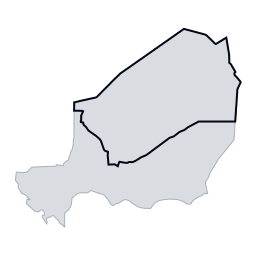 Agadez on a map of Niger (Natural Earth projection)
{"feature_id": "NER-800", "entity_name": "Agadez", "entity_type": "Department", "adm_level": 1, "iso_a3": "NER", "parent_name": "Niger", "parent_adm1": "", "projection": "natural_earth1", "projection_center": [10.912, 19.426], "detail": "fine", "context": "in_parent", "style": "outline", "palette": "ink", "viewbox_px": 256, "rotation_deg": 0, "n_neighbors": 0, "source": "natural_earth", "source_scale": "10m", "svg_char_len": 6663}
<svg xmlns="http://www.w3.org/2000/svg" viewBox="0 0 256 256"><path d="M207.6,193.5L205.0,193.5L203.5,194.1L201.7,195.7L199.6,196.3L197.1,197.8L195.5,198.9L194.0,199.8L191.9,202.0L191.2,203.7L189.2,204.1L186.3,203.8L184.5,202.1L180.2,200.3L177.5,199.6L176.2,199.4L169.7,199.1L162.8,199.8L159.3,200.6L158.6,200.8L156.6,201.8L154.9,203.0L150.5,208.5L144.5,208.3L141.0,207.7L138.1,206.8L133.8,204.3L128.7,200.4L126.7,199.9L124.9,199.6L124.3,199.6L118.1,203.5L116.9,203.4L115.5,203.9L114.5,204.8L113.8,205.3L113.1,205.4L112.1,205.2L111.1,204.6L110.2,203.5L107.7,199.2L107.1,198.4L106.1,197.2L104.2,195.2L103.0,194.3L102.3,194.0L101.4,194.2L96.4,192.5L91.5,190.7L90.4,190.9L89.6,191.3L87.9,192.6L85.9,192.9L83.3,192.8L81.9,192.6L79.6,193.0L78.1,193.5L76.1,194.5L73.5,196.9L72.8,197.2L72.2,197.6L71.3,204.4L70.6,206.4L69.2,209.1L66.7,211.6L64.9,213.2L64.8,215.3L64.7,218.7L64.6,221.0L64.7,222.5L64.4,223.3L64.3,223.9L64.4,224.9L64.8,225.4L65.1,226.0L64.9,226.5L64.1,227.1L63.2,225.6L62.0,224.5L60.7,224.0L59.8,223.3L59.4,222.2L57.7,220.1L53.9,215.9L53.5,215.8L52.8,215.6L51.7,216.1L51.0,216.8L50.6,217.1L49.8,217.1L48.0,217.6L46.5,218.3L46.4,218.9L47.1,222.0L46.8,223.8L46.1,222.9L44.0,219.8L42.6,217.4L42.3,216.9L42.1,216.0L42.3,215.7L42.8,215.4L44.2,215.1L44.4,214.9L44.5,214.2L44.3,213.0L43.6,211.4L42.8,210.3L42.4,210.1L41.6,210.0L40.7,210.2L39.0,211.5L38.3,211.8L36.6,211.7L35.1,211.4L34.2,210.7L31.4,208.1L28.4,205.3L27.2,204.9L26.9,204.6L26.7,202.4L26.8,199.9L26.9,199.2L28.2,199.6L29.5,199.8L30.0,199.3L28.9,198.4L27.4,197.5L26.8,196.1L26.4,195.6L25.7,195.1L24.9,194.8L24.1,194.4L23.5,194.0L22.6,193.8L21.7,193.5L20.4,191.2L19.0,189.0L18.3,187.3L18.0,186.2L18.4,184.4L18.0,183.7L16.6,181.9L15.4,180.2L15.7,177.6L16.0,175.4L16.0,174.1L16.2,173.3L16.4,172.4L17.2,172.1L19.3,172.2L23.4,172.6L26.7,172.1L26.8,172.0L29.2,169.7L31.8,167.2L35.6,167.0L39.7,166.8L43.0,166.6L47.8,166.4L51.6,166.3L56.1,166.1L56.2,165.0L56.5,164.7L56.9,164.7L60.2,165.3L63.2,165.8L63.5,163.7L66.2,161.1L67.8,160.5L68.1,160.1L68.6,159.2L68.9,157.8L69.1,156.8L69.7,156.0L70.1,154.5L70.7,151.8L72.2,149.1L73.1,145.3L73.3,141.7L73.5,138.9L73.9,138.4L73.9,133.5L74.0,128.5L74.0,124.4L74.0,119.2L74.1,114.6L74.1,109.7L74.1,105.3L74.2,102.4L77.3,101.7L80.5,100.9L85.2,99.9L90.2,98.7L95.8,97.5L97.0,96.7L101.2,92.5L103.1,90.6L106.9,86.7L109.8,83.8L113.5,80.1L117.4,76.3L120.5,73.3L125.4,69.9L132.7,64.8L140.1,59.7L147.4,54.5L154.7,49.4L162.0,44.3L169.3,39.1L176.6,34.0L183.9,28.9L191.2,30.8L198.2,32.7L205.2,34.6L206.8,35.6L210.6,39.2L215.4,43.9L215.6,44.0L215.8,44.0L220.3,41.2L226.3,37.6L227.9,47.4L229.1,55.7L229.3,61.0L229.3,62.4L229.8,63.3L230.9,64.3L235.4,71.9L234.5,73.3L235.2,75.7L236.3,76.7L240.1,81.3L240.5,82.2L240.3,82.9L237.8,88.3L237.4,89.6L236.9,96.4L236.6,101.3L236.1,107.9L235.6,115.9L235.1,122.6L234.6,131.4L234.0,139.8L230.3,144.4L223.7,152.6L218.3,159.2L215.7,163.7L210.4,172.4L208.1,178.0L206.2,180.9L205.3,182.2L206.1,186.3L207.6,193.5Z" fill="#d9dde1" stroke="#a8b0b8" stroke-width="1"/><path d="M183.9,28.9L185.1,29.2L186.4,29.6L187.6,29.9L188.9,30.2L190.1,30.5L191.3,30.9L192.6,31.2L193.8,31.5L195.1,31.9L196.3,32.2L197.5,32.5L198.8,32.9L200.0,33.2L201.3,33.5L202.5,33.9L203.8,34.2L205.2,34.6L206.9,35.6L207.6,36.4L209.4,38.1L211.2,39.8L213.0,41.6L214.7,43.3L215.4,43.9L215.6,44.0L215.8,44.0L216.7,43.5L219.1,42.0L221.5,40.6L223.9,39.1L226.3,37.7L226.5,38.7L226.7,39.8L226.8,40.8L227.0,41.9L227.2,42.9L227.4,44.0L227.5,45.0L227.7,46.1L227.9,47.1L228.1,48.2L228.2,49.2L228.4,50.3L228.6,51.3L228.8,52.4L228.9,53.1L229.0,53.8L229.1,54.5L229.1,54.8L229.2,55.7L229.2,56.9L229.2,58.4L229.3,59.8L229.3,61.0L229.3,61.9L229.3,62.2L229.3,62.7L229.4,62.9L229.6,63.2L230.3,63.6L230.5,63.8L231.0,64.4L231.4,65.0L231.6,65.4L231.8,65.8L232.1,66.3L232.3,66.7L232.6,67.1L232.8,67.5L233.0,67.9L233.3,68.3L233.5,68.7L233.8,69.1L234.0,69.5L234.2,70.0L234.5,70.4L234.7,70.8L235.0,71.2L235.2,71.6L235.4,72.0L234.9,72.4L234.5,73.0L234.4,73.8L234.5,74.6L234.7,75.0L234.9,75.3L235.2,75.7L236.3,76.7L236.7,77.2L237.6,78.2L238.4,79.2L239.2,80.2L240.1,81.3L240.4,81.7L240.6,82.0L240.6,82.3L240.5,82.6L240.3,83.2L239.7,84.4L239.1,85.5L238.6,86.7L238.0,87.8L237.8,88.3L237.4,89.6L237.3,90.3L237.3,91.1L237.2,91.8L237.2,92.6L237.1,93.4L237.1,94.1L237.0,94.9L237.0,95.6L236.9,96.4L236.9,97.2L236.8,97.9L236.8,98.7L236.7,99.5L236.7,100.2L236.6,101.0L236.6,101.8L236.5,102.5L236.5,103.3L236.4,104.1L236.4,104.8L236.3,105.6L236.3,106.4L236.2,107.1L236.1,107.9L236.1,108.7L236.0,109.4L236.0,110.2L235.9,111.0L235.9,111.7L235.8,112.5L235.8,113.3L235.7,114.0L235.7,114.8L235.6,115.5L235.6,116.3L235.5,117.1L235.5,117.8L235.4,118.6L235.4,119.4L235.3,120.1L235.3,120.9L235.2,121.5L198.7,121.5L187.9,127.3L185.0,129.5L184.8,129.7L184.5,129.9L179.6,131.9L173.8,136.4L169.6,137.8L146.3,155.1L141.3,157.2L135.4,160.9L132.8,162.0L132.0,162.1L129.4,162.0L129.1,162.0L128.8,162.1L127.7,162.8L125.2,162.8L119.5,161.8L119.0,162.5L117.8,166.2L114.9,164.4L114.2,164.4L108.5,164.6L107.7,155.0L108.0,152.3L108.0,152.1L108.0,151.8L107.7,151.7L105.5,151.0L105.4,151.0L105.2,150.8L104.3,150.0L104.2,149.9L103.9,149.3L103.8,149.1L100.8,140.6L100.7,140.5L99.5,138.9L96.3,136.1L88.7,130.7L88.4,130.5L88.1,130.1L86.2,127.2L83.8,124.9L83.6,124.7L83.5,124.4L83.2,122.7L82.9,122.4L81.4,122.3L81.2,122.2L80.9,122.1L80.8,121.8L80.7,121.6L80.7,121.4L80.7,121.2L80.8,121.0L81.2,120.2L81.1,118.0L81.1,117.9L81.2,117.6L81.3,117.4L81.2,117.3L81.2,117.1L81.1,116.8L81.1,116.5L81.1,116.2L81.2,115.6L83.1,111.3L81.8,110.8L74.3,110.7L74.1,110.7L74.1,108.6L74.2,106.5L74.2,104.4L74.2,102.4L76.9,101.8L79.5,101.1L82.2,100.5L84.9,99.9L86.3,99.6L89.4,98.9L92.6,98.2L94.0,97.9L95.8,97.5L96.4,97.2L97.1,96.7L98.2,95.6L99.1,94.7L100.0,93.8L100.9,92.9L101.8,91.9L102.7,91.0L103.6,90.1L104.5,89.2L105.4,88.3L106.3,87.4L107.2,86.5L108.1,85.6L109.0,84.7L109.9,83.8L110.8,82.8L111.7,81.9L112.6,81.0L113.4,80.2L113.9,79.7L115.0,78.6L116.1,77.6L117.1,76.6L118.1,75.7L119.1,74.7L120.5,73.3L122.4,72.0L123.3,71.4L124.3,70.7L125.3,70.0L126.2,69.3L127.2,68.7L128.2,68.0L129.1,67.3L130.1,66.6L131.1,66.0L132.0,65.3L133.0,64.6L134.0,63.9L134.9,63.3L135.9,62.6L136.9,61.9L137.8,61.2L138.8,60.6L139.7,59.9L140.7,59.2L141.7,58.6L142.6,57.9L143.6,57.2L144.6,56.5L145.5,55.9L146.5,55.2L147.4,54.5L148.4,53.8L149.4,53.2L150.3,52.5L151.3,51.8L152.3,51.1L153.2,50.5L154.2,49.8L155.1,49.1L156.1,48.4L157.1,47.8L158.0,47.1L159.0,46.4L159.9,45.7L160.9,45.1L161.9,44.4L162.8,43.7L163.8,43.0L164.7,42.4L165.7,41.7L166.7,41.0L167.6,40.4L168.6,39.7L169.5,39.0L170.5,38.3L171.4,37.7L172.4,37.0L173.4,36.3L174.3,35.6L175.3,35.0L176.2,34.3L177.2,33.6L178.1,32.9L179.1,32.3L180.1,31.6L181.0,30.9L182.0,30.2L182.9,29.6L183.9,28.9Z" fill="none" stroke="#020617" stroke-width="2"/></svg>